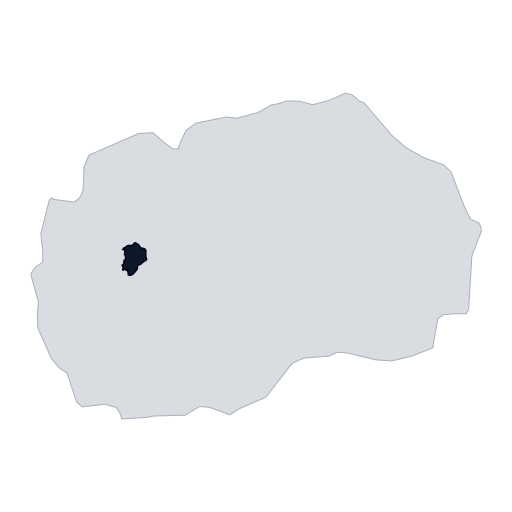 Oslomej, Oslomej, North Macedonia shown in context
{"feature_id": "65306769B21440943325425", "entity_name": "Oslomej", "entity_type": "district", "adm_level": 2, "iso_a3": "MKD", "parent_name": "North Macedonia", "parent_adm1": "Oslomej", "projection": "robinson", "projection_center": [21.017, 41.59], "detail": "fine", "context": "in_parent", "style": "filled", "palette": "ink", "viewbox_px": 512, "rotation_deg": 0, "n_neighbors": 0, "source": "geoboundaries", "source_scale": "gbopen_adm2", "svg_char_len": 1731}
<svg xmlns="http://www.w3.org/2000/svg" viewBox="0 0 512 512"><path d="M226.8,117.0L236.6,118.2L257.8,112.6L271.0,105.0L277.7,103.9L286.7,100.9L299.6,101.3L312.7,104.7L329.3,100.3L345.6,93.1L352.1,94.9L359.3,101.0L364.0,102.7L391.2,134.8L406.2,147.8L423.8,157.7L443.8,164.9L451.0,171.9L464.1,206.1L470.3,219.1L478.8,222.9L480.9,226.7L481.3,231.6L471.9,255.7L468.6,309.5L466.2,313.8L456.2,313.6L442.9,314.8L437.8,318.9L432.7,347.9L411.4,356.2L391.9,360.9L375.5,359.8L346.7,352.9L337.3,352.2L329.2,356.1L303.5,358.2L292.2,363.3L265.8,397.2L239.0,408.9L229.9,414.8L209.3,407.3L199.5,406.5L185.2,415.2L154.1,416.0L145.6,417.5L121.6,418.9L120.6,414.2L116.2,407.4L105.0,404.2L82.1,406.9L76.5,401.9L67.1,373.1L59.8,368.5L51.6,358.9L37.7,327.6L37.4,313.9L38.4,301.9L30.7,273.9L35.5,266.8L42.7,262.3L42.8,251.0L40.8,233.9L49.3,200.2L51.6,197.8L53.8,199.4L74.3,202.1L79.6,197.8L82.9,191.1L84.1,166.5L89.0,155.1L138.5,133.5L153.0,132.7L164.2,142.6L173.0,149.0L178.3,148.8L180.3,142.4L186.3,130.1L196.4,123.0L226.5,117.0L226.8,117.0Z" fill="#d9dde1" stroke="#a8b0b8" stroke-width="1"/><path d="M146.1,260.2L146.7,259.2L145.8,256.4L145.9,250.3L144.5,248.7L141.2,248.0L140.0,246.9L139.0,245.1L137.1,243.8L135.5,242.8L134.0,243.2L133.6,244.3L132.3,245.1L130.8,245.6L128.5,245.4L126.5,246.2L125.3,247.6L123.8,247.9L122.9,249.4L124.5,249.2L124.3,249.9L124.9,252.0L124.5,254.6L125.2,255.4L125.6,257.7L125.3,259.5L123.8,260.7L124.6,262.3L123.8,262.5L124.1,263.1L123.0,264.9L122.1,265.1L123.2,267.7L122.7,269.6L123.1,270.2L125.4,268.8L125.9,269.5L126.7,269.6L126.4,270.3L127.3,270.2L128.3,273.3L128.2,274.9L130.6,275.4L133.4,273.8L137.2,269.3L137.7,265.2L140.6,264.3L142.9,262.2L146.1,260.2Z" fill="#0f172a" stroke="#020617" stroke-width="1.5"/></svg>